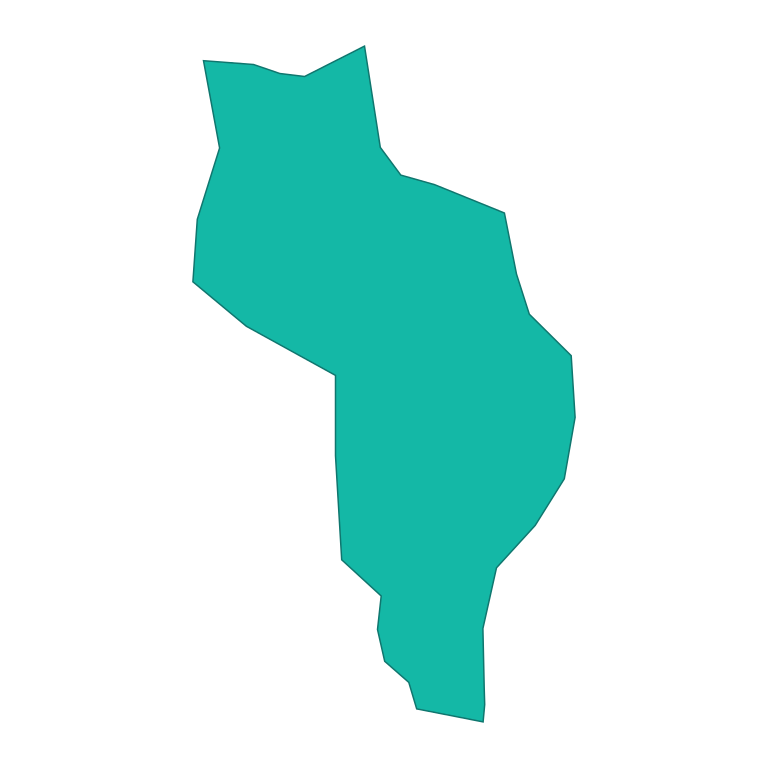 outline of Iganga
{"feature_id": "UGA-3068", "entity_name": "Iganga", "entity_type": "District", "adm_level": 1, "iso_a3": "UGA", "parent_name": "Uganda", "parent_adm1": "", "projection": "mercator", "projection_center": [33.553, 0.662], "detail": "fine", "context": "isolated", "style": "filled", "palette": "teal", "viewbox_px": 768, "rotation_deg": 0, "n_neighbors": 0, "source": "natural_earth", "source_scale": "10m", "svg_char_len": 523}
<svg xmlns="http://www.w3.org/2000/svg" viewBox="0 0 768 768"><path d="M416.7,708.9L408.8,682.4L384.7,661.3L377.5,629.5L381.2,596.0L341.7,559.8L335.5,455.7L335.5,375.4L246.4,326.3L192.9,281.8L197.3,219.3L219.6,148.0L203.5,60.7L253.5,64.5L279.8,73.5L304.6,76.5L364.5,46.1L380.3,147.4L400.8,175.1L434.7,184.7L504.4,213.0L516.5,274.1L529.3,314.2L571.2,355.7L575.1,417.4L564.3,478.8L535.2,525.4L496.5,567.8L482.9,628.5L484.2,687.8L484.7,704.6L483.1,721.9L416.7,708.9Z" fill="#14b8a6" stroke="#0f766e" stroke-width="1.5"/></svg>